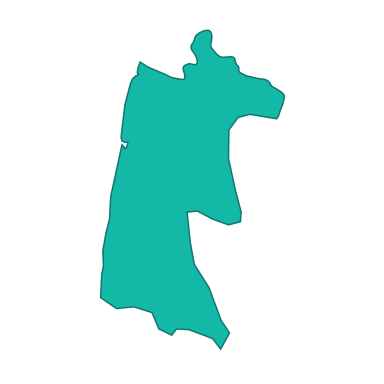 Atsimo-Atsinanana, Albers equal-area conic projection, rotated 174°
{"feature_id": "MDG-5867", "entity_name": "Atsimo-Atsinanana", "entity_type": "Autonomous Province", "adm_level": 1, "iso_a3": "MDG", "parent_name": "Madagascar", "parent_adm1": "", "projection": "albers", "projection_center": [47.076, -23.231], "detail": "fine", "context": "isolated", "style": "filled", "palette": "teal", "viewbox_px": 384, "rotation_deg": 174, "n_neighbors": 0, "source": "natural_earth", "source_scale": "10m", "svg_char_len": 1911}
<svg xmlns="http://www.w3.org/2000/svg" viewBox="0 0 384 384"><g transform="rotate(174 192 192)"><path d="M293.9,96.5L290.4,119.2L287.7,128.3L286.9,142.5L282.1,159.2L276.8,174.0L273.3,195.9L256.7,246.3L255.1,244.2L254.4,242.5L253.6,242.1L252.0,244.2L250.6,247.5L251.5,248.4L253.8,248.6L256.2,249.9L256.8,253.8L249.6,285.7L242.0,306.0L239.6,310.4L238.6,311.3L236.4,312.8L235.7,313.4L235.4,313.4L234.0,313.9L233.8,313.9L232.9,314.7L233.2,315.1L233.8,315.6L233.8,316.5L233.8,316.8L232.9,320.7L230.5,325.7L230.1,326.7L229.9,326.6L223.0,321.0L205.4,311.2L201.8,308.8L199.9,307.8L190.1,304.9L188.0,305.2L187.1,306.1L187.1,310.0L187.9,314.6L187.9,315.8L187.7,316.9L186.9,317.9L185.6,318.8L181.8,319.9L180.0,319.6L175.9,318.2L174.5,318.6L173.5,319.7L173.1,321.3L173.1,322.9L173.4,324.6L173.8,326.2L175.0,329.1L177.2,333.0L177.7,334.5L177.8,336.0L177.5,337.5L176.7,338.8L174.8,341.1L174.1,342.4L172.9,345.3L172.2,346.5L171.2,347.6L170.1,348.3L167.7,349.6L163.8,350.9L161.8,351.2L159.3,351.2L157.8,350.5L156.7,349.3L156.3,347.9L156.0,346.3L156.1,343.7L156.7,340.5L157.8,337.5L158.1,336.0L157.9,334.4L157.4,333.0L153.3,326.8L152.3,325.7L151.1,324.6L149.7,323.6L147.1,322.7L139.5,322.5L137.1,321.9L135.8,320.7L134.9,315.8L134.4,314.3L132.8,311.9L132.4,310.6L132.8,307.8L132.7,307.2L132.1,306.3L131.2,305.3L126.2,302.1L115.8,298.3L108.1,296.4L106.6,295.7L105.3,295.0L104.3,294.0L103.5,292.7L102.2,289.8L101.3,288.6L100.2,287.7L97.2,285.7L92.1,281.5L90.8,279.6L90.1,278.1L90.2,276.8L90.6,275.3L92.8,269.3L95.7,263.9L97.6,259.5L98.3,258.2L100.2,256.0L126.3,263.2L138.4,261.3L148.8,249.9L152.2,221.6L148.7,189.5L145.2,166.9L146.9,157.4L159.1,155.5L174.7,163.1L188.6,172.5L199.0,172.5L199.0,161.2L199.0,142.3L197.3,119.7L185.1,95.1L176.4,61.1L169.4,47.9L179.9,32.8L186.9,44.1L209.6,55.5L221.8,57.4L227.1,51.7L239.3,59.3L244.4,76.3L261.9,83.9L279.3,84.0L293.9,96.5Z" fill="#14b8a6" stroke="#0f766e" stroke-width="1.5"/></g></svg>